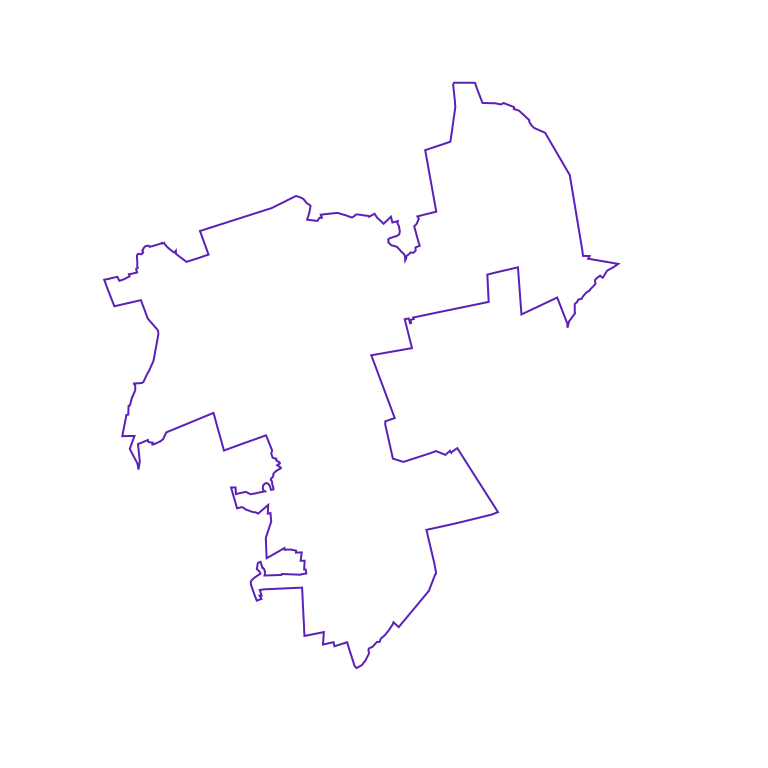 San Francisco de los Romo, Aguascalientes, Mexico (Albers equal-area conic projection), rotated 338°
{"feature_id": "50627088B17251995909944", "entity_name": "San Francisco de los Romo", "entity_type": "district", "adm_level": 2, "iso_a3": "MEX", "parent_name": "Mexico", "parent_adm1": "Aguascalientes", "projection": "albers", "projection_center": [-102.247, 22.022], "detail": "fine", "context": "isolated", "style": "outline", "palette": "violet", "viewbox_px": 768, "rotation_deg": 338, "n_neighbors": 0, "source": "geoboundaries", "source_scale": "gbopen_adm2", "svg_char_len": 6070}
<svg xmlns="http://www.w3.org/2000/svg" viewBox="0 0 768 768"><g transform="rotate(338 384 384)"><path d="M215.9,587.8L235.3,591.5L229.8,602.7L240.5,604.5L239.8,608.6L253.0,609.6L251.1,634.3L252.1,637.1L258.4,636.3L261.9,634.1L262.6,633.9L263.7,633.0L264.7,632.1L269.1,628.3L269.2,628.0L269.4,627.8L269.6,625.8L270.3,624.2L271.2,623.5L275.1,623.3L280.4,620.7L280.8,620.5L283.3,621.5L285.5,619.0L291.4,616.9L294.2,615.2L295.0,615.0L296.8,613.7L301.6,610.4L303.5,608.5L306.6,614.9L348.1,592.6L360.0,579.9L360.7,579.7L361.6,578.3L363.6,568.5L368.7,535.1L396.9,539.9L434.9,545.4L441.7,545.5L427.9,470.9L421.0,472.5L420.6,473.0L420.0,471.8L420.1,470.7L414.6,472.6L414.4,472.7L407.1,465.7L399.5,465.4L372.8,463.5L364.3,456.5L370.0,421.8L371.2,419.1L381.2,419.6L383.0,352.6L423.4,361.2L427.5,331.7L430.9,332.4L431.5,332.5L431.0,337.5L432.1,337.5L432.3,334.5L435.9,334.9L435.9,333.3L462.7,338.1L511.8,347.1L520.8,321.3L527.6,322.2L551.9,326.0L537.5,371.0L577.0,368.7L576.6,396.6L575.2,400.6L579.0,395.3L587.5,390.1L587.8,389.4L587.7,389.0L590.8,381.3L593.8,380.3L595.6,378.6L597.5,378.7L599.4,379.0L600.1,378.2L602.2,376.8L605.8,375.0L609.0,374.4L609.8,374.4L610.3,373.7L617.2,370.6L617.8,369.9L617.8,369.3L618.5,366.8L620.7,365.6L625.0,364.5L626.1,366.8L626.7,367.4L633.3,362.5L640.0,361.7L646.2,360.4L620.2,344.3L622.5,342.4L617.1,340.0L616.5,339.8L618.0,334.1L634.5,259.9L627.5,211.5L627.4,211.3L619.1,202.8L618.0,200.3L617.6,199.1L617.0,196.2L617.1,194.4L617.5,193.7L611.8,181.6L610.8,180.4L607.4,177.7L608.4,176.1L600.2,168.3L597.2,168.6L592.1,165.3L589.5,164.2L588.5,163.8L580.6,160.3L580.8,147.0L580.8,146.5L581.2,138.8L572.2,135.1L561.8,130.9L560.3,132.2L555.8,148.0L553.8,154.1L542.4,173.8L536.3,184.2L509.8,182.6L500.2,228.6L497.0,243.8L477.8,241.1L478.2,243.9L474.2,247.8L471.0,249.2L470.4,255.2L469.9,258.7L469.1,266.1L468.9,269.2L464.4,269.2L464.1,269.6L463.4,272.1L460.8,273.3L459.5,273.0L457.9,272.0L455.9,273.0L453.9,273.4L452.6,273.9L451.8,275.7L450.0,277.3L451.3,273.3L451.3,272.4L451.2,270.8L450.7,269.9L449.5,267.6L449.0,266.1L448.9,265.4L448.4,264.6L447.7,262.2L445.8,260.3L442.9,258.3L442.1,256.7L441.5,254.8L441.1,254.5L442.1,251.5L443.8,251.0L446.5,251.2L448.5,251.2L450.5,251.7L453.3,251.2L454.4,250.7L456.0,248.0L457.0,242.7L456.6,240.3L457.9,238.2L452.3,237.4L453.1,231.5L443.6,235.3L442.1,231.7L440.0,227.5L439.0,222.6L432.8,223.4L432.5,222.3L428.8,220.3L424.8,217.9L423.4,217.0L421.2,216.4L419.6,217.2L416.8,217.6L415.8,217.0L411.9,213.4L405.6,208.4L404.0,207.6L388.8,203.3L388.7,206.6L387.6,206.3L386.9,205.8L386.5,205.7L383.4,207.8L381.4,206.8L379.8,205.9L377.0,204.4L374.3,202.8L375.2,201.7L375.9,200.9L376.6,200.1L377.4,199.2L378.5,197.7L379.6,196.2L382.6,191.4L382.3,190.6L382.1,190.1L380.7,188.1L380.4,187.8L380.0,186.8L379.9,186.6L378.7,182.6L377.8,181.2L376.8,180.2L375.7,179.1L372.9,176.7L345.7,178.8L270.7,173.2L269.8,198.3L268.7,198.2L263.8,197.9L262.0,197.9L259.2,197.7L258.6,197.7L257.2,197.6L255.2,197.4L249.8,197.0L247.1,196.8L246.6,196.8L243.9,192.2L239.9,185.5L240.8,182.7L240.4,183.0L239.4,183.0L239.2,183.1L238.6,183.4L238.2,182.8L237.0,180.8L236.2,179.4L235.8,178.7L234.9,176.9L234.0,174.9L233.5,173.3L232.9,171.3L232.9,170.9L232.7,171.0L231.3,170.3L231.3,170.7L231.0,170.7L230.9,170.3L229.9,170.2L225.7,169.9L221.4,169.5L218.1,169.0L218.0,168.3L217.6,167.6L216.5,167.3L214.6,166.8L212.6,167.6L211.0,169.0L209.8,169.8L210.1,171.4L209.9,171.9L209.4,172.2L208.8,172.2L208.4,172.4L208.0,172.9L207.4,172.7L205.5,171.4L204.0,171.4L202.8,172.7L200.9,178.7L199.4,182.1L199.1,184.1L197.5,184.2L197.0,185.6L197.0,187.4L196.9,188.1L190.9,187.2L188.6,186.6L188.5,188.8L182.1,189.5L177.3,189.2L176.9,184.7L169.3,183.5L168.5,183.5L163.6,182.5L163.4,189.6L163.1,210.9L190.0,215.2L189.5,234.3L189.6,235.2L194.3,248.8L194.4,249.9L194.2,251.1L193.3,253.6L179.9,274.7L178.2,277.1L177.4,277.7L174.3,280.6L171.4,283.5L167.7,286.4L161.8,291.9L160.7,292.3L158.9,292.1L152.5,289.9L152.3,290.8L152.8,292.1L151.1,296.4L150.9,296.7L145.6,302.1L145.4,301.9L140.4,308.7L139.0,308.5L135.4,316.6L135.0,316.5L133.5,316.3L126.5,327.1L122.1,333.9L121.8,334.3L133.2,338.7L124.0,348.9L125.6,365.4L124.3,371.4L128.6,364.2L133.4,347.5L137.0,347.6L144.1,347.5L144.0,348.0L143.8,349.3L144.2,349.8L145.5,350.6L147.6,351.8L146.5,353.3L146.8,353.5L148.7,353.7L155.5,353.3L158.4,352.5L164.0,347.3L203.5,347.0L215.1,346.9L214.7,350.7L213.0,364.9L212.7,367.9L210.7,385.7L231.3,386.4L247.1,387.1L255.4,387.4L255.4,403.7L255.0,404.3L253.6,405.9L253.2,407.8L253.2,410.6L254.1,411.6L256.2,412.9L255.5,414.7L257.4,416.9L257.9,418.3L257.3,418.9L255.6,419.0L254.5,419.3L256.3,421.9L257.0,422.7L256.7,423.6L254.0,423.8L251.1,424.4L248.9,425.1L247.5,426.2L247.2,427.3L245.7,428.8L243.9,429.3L243.1,430.6L243.6,432.1L243.4,433.4L242.8,435.3L242.7,437.2L242.5,438.4L242.4,439.4L241.9,440.3L239.6,439.9L239.7,438.5L239.9,437.2L239.8,434.7L238.9,432.6L238.0,431.8L236.6,431.7L234.4,432.4L233.1,434.2L232.4,435.7L232.3,437.0L233.5,439.0L229.7,438.2L224.1,437.3L219.0,436.2L215.4,432.2L208.3,431.0L205.5,430.6L207.6,424.3L203.4,422.7L201.2,444.3L203.3,444.5L205.2,444.6L206.5,445.3L207.7,446.5L208.6,448.4L213.4,452.7L215.2,454.1L216.8,454.8L218.7,457.0L231.3,452.8L228.9,457.9L227.7,460.7L230.4,461.1L227.9,469.3L217.6,481.4L216.7,482.6L211.4,497.3L210.0,501.6L230.2,498.8L229.8,500.5L231.8,501.1L235.8,502.7L240.1,505.6L240.0,505.8L239.2,507.4L243.6,508.9L244.6,509.4L241.3,515.2L240.5,516.6L241.4,517.0L244.2,518.1L240.5,526.0L241.0,526.2L241.2,526.5L241.9,526.7L241.0,530.6L236.3,529.5L235.2,529.6L218.2,521.9L217.3,522.6L214.8,521.7L201.5,516.8L202.0,516.2L203.3,513.5L203.5,510.7L203.0,509.1L202.4,509.1L202.9,502.6L200.0,502.7L196.8,507.9L198.4,511.7L198.4,513.6L192.3,514.8L189.2,515.8L188.5,516.1L187.5,516.6L187.1,516.9L186.6,517.3L186.4,517.7L186.0,518.5L185.6,519.8L185.4,521.1L185.3,522.8L185.1,528.6L184.9,531.9L184.9,537.2L189.8,537.4L189.4,533.6L191.2,534.4L191.4,532.7L191.5,531.2L191.7,528.4L193.7,528.9L196.7,529.7L206.2,533.1L231.2,541.9L231.8,542.1L223.4,566.1L219.0,579.0L218.0,581.7L217.3,583.5L215.9,587.8Z" fill="none" stroke="#5b21b6" stroke-width="2"/></g></svg>